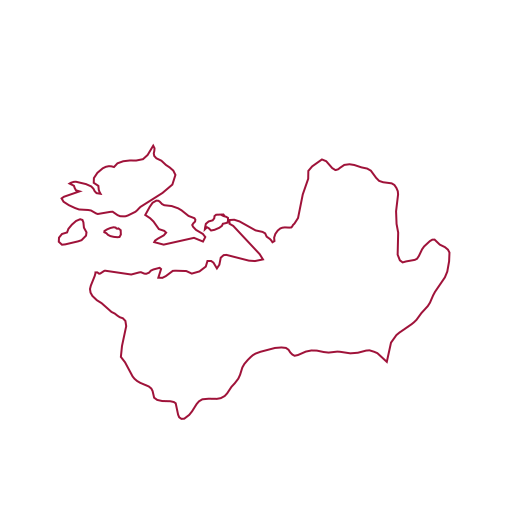 SVG path tracing the border of Kumamoto, rotated 59°
{"feature_id": "JPN-1830", "entity_name": "Kumamoto", "entity_type": "Prefecture", "adm_level": 1, "iso_a3": "JPN", "parent_name": "Japan", "parent_adm1": "", "projection": "equal_earth", "projection_center": [130.522, 32.636], "detail": "fine", "context": "isolated", "style": "outline", "palette": "rose", "viewbox_px": 512, "rotation_deg": 59, "n_neighbors": 0, "source": "natural_earth", "source_scale": "10m", "svg_char_len": 4514}
<svg xmlns="http://www.w3.org/2000/svg" viewBox="0 0 512 512"><g transform="rotate(59 256 256)"><path d="M187.5,401.9L187.6,401.6L188.4,400.4L190.4,399.6L190.8,398.5L190.6,394.0L190.8,393.0L207.6,372.5L209.9,364.6L210.6,363.0L213.6,360.8L214.7,359.3L215.2,356.3L214.4,353.6L214.7,350.9L216.5,344.7L218.3,344.1L224.3,350.9L226.5,347.5L226.8,343.7L225.9,335.0L227.0,332.8L233.0,323.5L238.0,320.1L240.1,312.4L239.2,304.5L235.3,300.2L237.2,297.0L239.8,295.9L246.5,295.9L244.6,291.9L239.3,287.1L238.6,283.3L239.8,280.8L256.3,264.5L259.8,259.5L262.5,251.8L256.3,251.9L218.5,260.0L214.7,262.1L211.5,260.2L213.7,256.0L217.9,252.3L233.8,243.2L238.7,238.0L241.3,236.5L244.9,236.9L248.6,235.3L250.5,234.9L252.7,234.8L252.7,232.5L249.6,231.0L247.0,228.0L245.4,224.3L244.9,221.0L245.3,218.9L246.3,216.6L248.9,212.7L249.7,211.0L249.3,209.7L248.5,208.4L248.0,206.3L245.1,200.4L227.3,184.2L216.7,171.5L210.0,167.3L208.1,161.7L207.2,149.8L207.3,149.7L210.9,147.0L219.9,145.4L223.2,143.7L223.5,143.0L224.0,140.8L223.7,138.8L223.4,133.4L225.5,128.6L228.6,124.9L234.3,120.0L238.3,115.7L242.0,113.6L250.8,112.8L255.0,111.8L258.2,109.1L263.6,102.3L266.4,100.8L270.0,100.6L273.5,101.1L276.4,102.5L289.8,112.9L300.9,119.0L309.2,122.1L327.8,133.9L333.8,134.9L337.0,133.6L338.0,130.0L341.1,121.9L341.3,119.4L339.9,116.4L335.8,110.2L334.4,107.0L332.8,99.4L332.8,96.5L333.9,94.5L340.9,92.6L345.7,89.5L349.4,88.2L352.7,88.4L360.0,93.2L367.9,100.1L371.6,105.1L378.9,121.0L381.0,124.5L385.6,130.9L387.4,134.5L390.1,143.6L393.4,151.4L394.2,154.9L394.6,157.8L395.5,172.5L396.1,176.4L399.8,184.9L414.1,198.4L401.8,202.0L398.9,204.1L395.3,207.3L393.8,210.3L391.4,218.5L388.0,225.3L381.3,233.4L379.8,235.6L376.2,243.5L373.2,247.4L368.4,252.6L365.5,257.2L363.6,262.5L362.5,271.0L361.4,274.3L359.2,275.6L356.3,276.3L353.1,276.4L350.2,277.7L347.5,281.3L344.6,287.1L340.4,301.5L339.4,306.7L339.4,309.9L339.9,312.7L340.8,316.4L342.5,321.5L344.5,325.1L349.6,330.8L352.0,334.3L354.1,339.6L355.5,344.4L358.9,351.5L359.9,355.0L359.7,359.4L358.3,363.1L353.9,370.2L351.2,375.8L351.2,379.7L352.3,383.1L356.2,390.8L357.8,395.1L358.5,401.3L357.2,403.8L354.7,404.9L351.9,404.5L340.9,400.7L338.9,401.6L336.4,404.2L332.0,411.1L328.5,414.8L325.0,416.3L318.5,414.2L315.7,414.0L312.6,415.1L305.2,420.5L301.9,422.3L298.6,423.4L295.7,423.8L279.7,423.0L272.9,423.8L264.1,417.2L249.3,403.4L244.4,401.4L240.8,402.2L238.3,404.3L235.8,405.5L232.6,406.7L229.5,408.7L217.0,412.6L211.9,415.2L206.0,416.8L202.2,416.7L198.8,415.3L196.3,412.8L190.1,404.6L187.7,402.1L187.6,401.9L187.5,401.9ZM145.0,283.3L151.7,290.9L153.8,303.7L154.4,329.8L155.0,332.2L155.6,334.2L156.0,336.6L155.3,344.9L154.8,347.3L153.8,349.1L151.9,352.0L149.7,353.6L144.2,356.1L143.1,358.2L138.5,370.0L137.2,371.1L132.0,374.0L130.1,376.2L125.0,383.7L121.7,386.4L116.1,390.2L110.4,393.0L106.5,393.0L106.3,390.1L109.7,374.0L107.0,376.5L104.4,376.4L102.0,375.9L97.9,378.5L97.9,377.0L98.6,374.0L99.6,372.1L106.8,364.7L111.5,361.4L114.6,360.7L117.4,360.9L120.0,360.3L122.6,357.2L120.2,357.1L118.3,356.7L114.7,355.0L109.7,357.4L105.7,354.8L103.0,349.1L101.9,342.2L102.2,338.8L103.2,335.9L104.7,333.7L106.6,331.9L105.2,327.0L106.4,321.0L109.2,314.8L112.4,309.7L114.8,303.0L113.6,296.9L108.5,287.3L111.4,287.5L113.5,289.0L115.4,290.8L117.8,291.7L120.9,291.1L125.6,288.0L131.6,286.3L135.6,284.4L140.2,282.9L145.0,283.3ZM202.7,294.0L209.7,290.2L213.6,289.7L216.3,294.0L208.5,299.8L198.7,329.3L191.7,336.1L190.8,334.6L190.6,331.1L190.8,324.4L189.7,321.0L187.2,321.7L182.9,325.4L173.6,326.1L169.1,327.3L163.8,329.8L159.1,321.7L157.1,317.2L157.2,312.9L158.4,311.2L159.9,310.5L163.1,309.8L165.2,308.5L169.8,302.5L175.0,298.2L178.5,296.3L186.9,293.2L191.9,289.3L193.7,289.3L195.1,290.5L195.7,292.9L196.6,294.7L198.5,294.9L202.7,294.0ZM143.1,388.9L148.4,389.1L151.0,391.2L152.6,397.4L151.8,401.0L147.8,413.5L146.4,416.5L142.2,417.7L138.8,415.4L137.2,411.0L138.5,405.8L136.1,402.8L134.3,397.7L133.3,392.2L133.9,387.8L135.7,386.2L138.2,386.6L143.1,388.9ZM211.3,267.8L212.6,269.7L212.9,272.9L212.2,278.1L211.0,281.4L207.8,282.2L206.1,283.2L206.8,286.1L205.4,285.0L202.6,282.4L202.0,278.8L203.1,274.8L202.2,272.4L200.4,271.0L200.1,268.9L203.6,262.6L204.3,262.5L204.3,263.7L205.1,263.2L207.0,261.4L208.9,260.4L211.2,261.7L212.7,263.4L212.0,265.8L211.3,267.8ZM164.2,358.7L168.0,360.8L169.4,363.2L168.6,365.0L166.4,368.0L163.9,370.6L161.6,372.0L159.4,372.5L157.5,373.8L156.5,373.0L156.5,369.8L157.0,366.4L158.0,363.3L159.3,361.7L160.6,361.4L161.2,360.8L161.5,359.7L164.2,358.7Z" fill="none" stroke="#9f1239" stroke-width="2"/></g></svg>